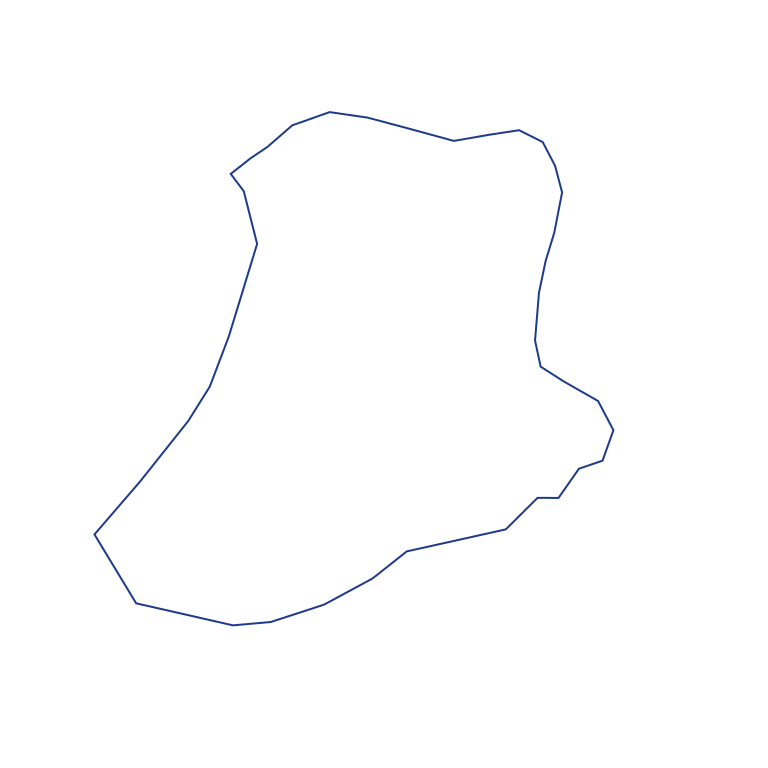 Avgolida, Cyprus, rotated 197°
{"feature_id": "46923920B2873986073585", "entity_name": "Avgolida", "entity_type": "district", "adm_level": 2, "iso_a3": "CYP", "parent_name": "Cyprus", "parent_adm1": "", "projection": "natural_earth1", "projection_center": [33.958, 35.353], "detail": "fine", "context": "isolated", "style": "outline", "palette": "blue", "viewbox_px": 768, "rotation_deg": 197, "n_neighbors": 0, "source": "geoboundaries", "source_scale": "gbopen_adm2", "svg_char_len": 670}
<svg xmlns="http://www.w3.org/2000/svg" viewBox="0 0 768 768"><g transform="rotate(197 384 384)"><path d="M556.9,101.8L458.0,109.0L422.7,123.3L376.8,155.5L338.0,194.8L313.3,230.6L225.0,280.6L203.9,320.0L190.0,324.2L183.8,326.1L172.8,360.0L152.6,374.6L151.1,406.9L174.3,430.3L213.3,439.1L239.3,446.4L252.3,469.8L262.5,516.7L265.4,549.0L265.4,578.3L269.7,619.3L284.2,642.7L303.0,661.8L329.0,666.2L356.5,653.0L388.3,636.9L437.4,635.4L477.9,633.9L515.5,628.1L547.3,604.6L564.7,576.8L577.7,560.7L592.0,540.1L574.5,527.4L546.3,480.9L546.3,420.1L546.3,384.4L549.8,330.7L560.4,291.4L588.6,219.8L616.9,155.5L556.9,101.8Z" fill="none" stroke="#1e3a8a" stroke-width="2"/></g></svg>